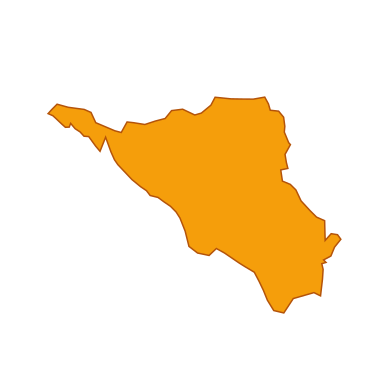 Trimithousa, Paphos, Cyprus (Albers equal-area conic projection), rotated 99°
{"feature_id": "46923920B17841566161623", "entity_name": "Trimithousa", "entity_type": "district", "adm_level": 2, "iso_a3": "CYP", "parent_name": "Cyprus", "parent_adm1": "Paphos", "projection": "albers", "projection_center": [32.443, 34.816], "detail": "fine", "context": "isolated", "style": "filled", "palette": "amber", "viewbox_px": 384, "rotation_deg": 99, "n_neighbors": 0, "source": "geoboundaries", "source_scale": "gbopen_adm2", "svg_char_len": 1325}
<svg xmlns="http://www.w3.org/2000/svg" viewBox="0 0 384 384"><g transform="rotate(99 192 192)"><path d="M86.9,135.0L90.7,146.0L92.3,156.7L93.9,168.0L94.8,184.0L103.3,186.9L112.6,195.1L115.5,201.3L111.7,214.2L114.8,224.9L123.6,230.0L127.7,239.4L132.7,249.1L132.7,260.8L133.0,267.1L144.3,271.2L143.6,277.8L138.6,297.9L129.2,304.2L127.3,311.4L127.7,327.5L126.4,339.0L132.6,343.5L137.1,346.4L138.4,341.4L140.5,338.2L145.1,331.5L147.9,327.2L147.1,323.4L143.2,322.6L147.8,317.3L150.2,311.9L153.8,307.4L153.4,302.7L161.9,294.2L166.2,289.2L151.4,285.9L165.1,278.3L172.3,273.6L176.6,269.5L189.1,253.3L194.8,243.6L197.8,237.2L202.0,232.8L202.7,224.7L206.1,218.2L209.5,211.0L214.2,204.6L219.6,199.8L231.6,192.7L246.2,186.5L251.4,177.0L252.0,165.2L244.0,159.1L247.2,150.3L254.8,134.2L257.4,128.1L261.5,117.9L269.7,111.8L278.1,106.0L287.1,100.6L294.2,94.5L296.3,92.7L297.1,82.4L281.4,75.3L272.3,55.8L274.5,48.8L257.6,49.5L247.9,50.4L242.5,52.6L240.6,48.6L238.5,51.4L233.5,44.8L224.2,42.6L215.4,37.6L211.4,41.6L211.4,48.0L219.0,52.9L211.6,54.3L199.6,56.5L197.3,65.1L191.7,72.8L183.7,82.9L173.7,89.7L169.1,96.1L167.1,104.4L156.3,107.8L153.7,101.0L148.1,103.4L140.3,106.0L129.8,102.2L128.2,104.2L118.4,110.2L112.6,110.6L103.8,113.2L98.6,119.1L99.0,127.5L93.0,130.3L86.9,135.0Z" fill="#f59e0b" stroke="#b45309" stroke-width="1.5"/></g></svg>